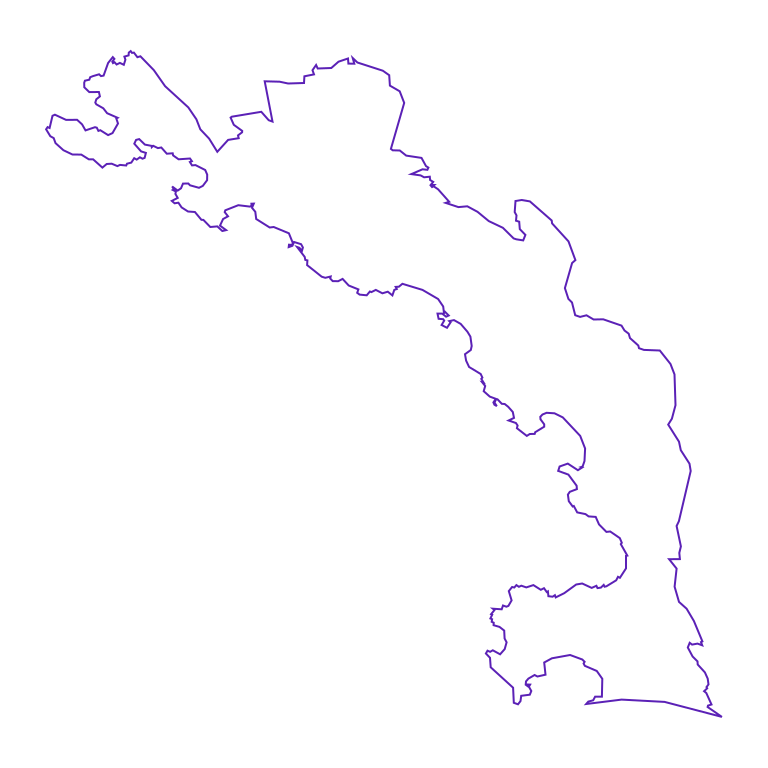 West Mahe, Anse Boileau, Seychelles (Albers equal-area conic projection)
{"feature_id": "34574756B14018612202061", "entity_name": "West Mahe", "entity_type": "district", "adm_level": 2, "iso_a3": "SYC", "parent_name": "Seychelles", "parent_adm1": "Anse Boileau", "projection": "albers", "projection_center": [55.437, -4.697], "detail": "fine", "context": "isolated", "style": "outline", "palette": "violet", "viewbox_px": 768, "rotation_deg": 0, "n_neighbors": 0, "source": "geoboundaries", "source_scale": "gbopen_adm2", "svg_char_len": 6040}
<svg xmlns="http://www.w3.org/2000/svg" viewBox="0 0 768 768"><path d="M352.7,58.0L354.3,63.7L348.4,63.6L348.0,58.5L338.5,61.7L331.3,68.0L317.7,68.5L316.1,65.0L312.5,70.2L314.0,74.4L304.4,76.3L304.0,83.0L288.1,83.5L279.6,81.7L264.7,81.3L272.5,121.6L268.7,120.2L261.3,111.8L231.8,116.7L230.6,117.6L233.8,124.8L242.2,130.9L242.1,132.3L238.0,135.4L238.7,138.2L228.1,139.9L217.3,151.8L209.1,138.6L200.3,129.3L196.4,119.3L188.3,107.4L165.1,86.2L153.8,70.1L140.4,56.3L137.4,57.2L133.9,52.6L132.0,52.9L130.7,51.1L128.8,52.6L128.6,55.4L124.4,56.6L125.4,59.7L123.8,64.8L119.9,62.9L116.6,64.5L114.5,62.2L113.0,63.1L112.3,61.7L114.4,58.9L112.8,57.1L108.1,63.0L103.6,75.6L101.0,76.1L99.1,74.3L93.0,76.1L90.2,77.2L89.3,79.7L84.9,80.7L84.2,82.8L84.3,87.3L89.3,92.1L98.9,92.0L99.9,96.4L96.3,99.3L95.3,102.6L96.3,104.3L103.3,108.3L107.1,113.2L117.6,117.8L116.3,118.5L118.0,123.5L112.5,133.1L108.1,135.1L100.3,130.2L98.4,130.9L96.8,127.7L95.0,127.2L85.5,130.4L82.1,124.4L77.1,119.8L66.1,119.9L54.9,114.7L52.5,115.8L49.6,128.0L47.6,127.1L46.1,129.3L50.3,136.2L53.7,138.1L55.5,143.1L63.4,150.2L72.4,154.5L81.3,154.6L88.8,159.3L93.1,159.3L102.4,167.6L106.7,164.0L111.7,163.7L117.4,166.1L120.0,164.9L126.2,165.5L127.0,163.7L131.3,162.6L134.2,158.2L136.7,159.6L139.9,157.3L142.5,158.7L144.6,157.9L145.9,152.9L141.1,151.4L134.3,143.7L136.1,139.9L139.2,139.1L144.9,144.6L151.7,145.9L151.8,147.1L153.2,145.8L157.9,148.1L161.3,147.5L166.8,153.7L172.7,153.3L173.1,155.4L178.6,159.3L190.0,158.5L191.9,161.2L189.9,162.0L192.0,165.4L195.5,165.1L205.2,170.0L207.2,174.6L207.1,180.2L202.8,185.9L199.0,187.8L190.0,185.3L188.3,183.5L183.0,183.6L181.0,188.3L177.7,190.6L172.2,186.5L173.9,189.5L172.9,190.0L175.9,191.5L175.4,193.9L177.7,197.9L171.8,200.9L174.6,203.3L178.4,202.7L181.6,207.4L188.0,211.5L194.9,212.0L201.4,219.8L203.4,219.9L210.3,227.0L217.3,226.4L222.3,231.0L226.1,230.1L220.0,225.6L223.1,219.0L228.0,216.3L224.7,212.1L225.3,210.3L238.3,205.2L250.0,206.6L251.6,205.6L251.4,203.7L253.8,203.6L252.0,207.8L255.3,211.8L256.2,219.0L269.7,227.5L273.7,227.0L288.9,233.3L292.9,243.2L291.9,244.9L289.0,244.7L288.7,247.1L292.4,245.8L294.1,242.0L301.1,244.2L302.9,247.5L302.0,250.7L299.4,247.8L297.1,247.0L304.7,256.9L305.3,259.9L307.4,260.4L307.1,265.1L321.7,276.7L325.3,277.8L330.7,276.5L330.2,278.5L332.7,281.1L338.2,281.2L342.6,278.9L348.7,285.5L358.4,289.4L357.2,292.8L359.6,294.6L366.7,295.3L369.9,291.5L371.4,292.1L375.8,289.9L382.4,293.3L387.8,291.7L392.4,295.4L394.3,289.9L396.8,289.0L395.7,286.9L398.9,286.7L402.4,283.8L422.5,289.9L438.1,299.0L443.2,306.5L444.0,313.2L445.0,311.8L448.7,315.5L446.1,316.7L442.2,313.6L437.5,313.6L438.6,318.8L443.2,319.2L444.2,320.6L441.6,325.0L447.0,327.8L450.6,322.3L449.3,321.1L454.0,320.1L460.7,323.9L467.4,331.7L470.4,336.6L471.7,346.0L470.8,350.0L465.0,354.2L466.1,360.6L469.1,367.0L480.7,374.0L482.4,377.6L481.3,378.9L483.7,382.7L482.2,382.3L485.2,386.0L483.7,391.2L489.8,396.6L496.8,399.2L496.0,399.3L495.3,399.7L493.4,402.4L494.4,404.7L496.8,406.1L494.5,402.6L496.0,399.4L497.5,399.3L501.8,403.8L504.7,404.0L508.2,406.8L512.8,412.0L514.0,417.9L508.6,420.5L515.9,423.0L517.6,425.5L516.9,428.2L526.8,435.9L529.8,434.0L534.7,433.9L535.2,432.2L544.2,426.7L544.2,424.3L540.5,419.3L540.3,416.8L542.5,414.5L546.6,412.8L554.5,413.3L562.8,417.4L580.2,435.9L585.1,448.5L584.5,461.0L582.6,466.5L581.2,467.0L582.3,467.4L577.9,470.2L567.8,463.6L559.6,466.5L558.2,470.9L568.4,474.6L576.6,485.7L576.9,489.1L569.8,491.8L567.9,494.6L568.8,501.2L572.7,506.5L573.8,506.0L577.2,512.4L585.5,514.1L588.6,516.4L595.7,516.9L599.0,524.4L606.4,531.9L610.2,531.5L619.8,538.1L621.8,542.8L620.8,544.1L627.3,555.6L626.0,555.9L626.0,568.4L619.9,577.8L618.0,576.8L616.2,580.3L606.4,586.3L604.6,586.7L603.7,584.9L600.9,587.6L597.5,588.1L596.4,585.8L591.7,587.9L582.2,583.5L576.2,584.5L564.2,593.2L555.7,597.4L554.9,595.2L552.6,596.7L548.4,596.2L547.9,591.4L546.8,592.1L544.0,588.2L540.8,589.8L533.4,585.1L526.3,587.4L521.3,585.7L518.9,586.8L516.4,585.1L514.3,587.5L512.1,587.0L508.8,591.1L511.6,600.4L508.4,605.9L506.4,606.7L503.0,605.5L501.7,609.3L492.9,608.7L494.5,610.0L491.1,614.2L492.2,614.7L490.4,618.5L492.1,619.2L491.7,621.8L493.7,622.7L493.6,625.2L499.5,626.9L504.2,630.6L504.6,638.5L506.6,642.3L504.7,649.1L500.1,654.3L492.8,650.3L490.1,651.8L487.5,650.7L485.9,653.5L490.0,657.8L490.7,667.3L513.1,687.7L513.8,702.8L518.0,704.3L520.5,701.1L521.2,695.8L529.8,694.7L531.3,691.0L528.9,686.7L530.1,684.6L527.6,684.5L527.6,686.1L525.7,684.7L526.0,681.4L528.4,678.6L534.6,675.0L537.4,676.5L545.5,674.7L544.2,662.5L551.9,658.3L570.1,655.0L582.3,659.5L584.6,661.8L583.6,663.5L584.8,665.8L596.8,671.0L602.3,678.8L601.9,696.7L595.1,696.7L593.2,700.3L588.3,701.6L586.2,704.0L621.6,699.6L664.6,701.9L721.9,716.9L707.6,707.0L708.0,705.6L711.5,704.5L706.3,693.0L704.1,691.2L707.2,688.3L706.5,687.1L708.5,684.4L707.7,678.6L704.9,672.4L697.7,664.5L697.5,661.4L692.6,656.5L687.8,647.5L689.7,642.8L692.1,644.6L697.5,643.6L702.2,645.3L701.0,642.1L702.4,641.4L693.9,621.0L686.6,608.7L679.0,601.9L674.6,586.7L676.6,568.6L669.1,559.2L679.9,559.1L679.3,552.9L680.9,546.4L676.6,526.0L678.9,521.2L690.7,471.0L689.5,463.7L680.8,450.2L679.0,441.7L668.2,424.6L671.9,418.7L675.5,405.2L674.5,374.4L670.5,364.0L659.8,350.5L643.9,349.9L639.0,348.2L638.3,345.5L630.0,338.1L628.7,333.7L624.5,330.5L621.5,325.6L603.2,319.3L593.6,319.5L586.5,315.3L580.1,316.9L575.2,315.2L572.0,302.5L568.4,298.9L564.9,288.1L572.1,263.0L575.4,260.1L568.5,241.4L552.1,223.4L551.7,220.5L529.9,201.4L521.6,200.0L515.5,201.0L514.7,212.1L516.5,215.4L516.0,220.7L519.2,221.7L519.8,229.1L525.4,234.9L523.2,240.4L516.3,239.3L513.6,238.4L502.9,227.8L488.8,221.1L477.5,211.8L467.3,206.3L458.4,207.1L445.7,202.9L449.2,201.8L438.1,189.3L433.2,186.0L434.3,185.0L431.8,184.9L432.6,187.7L430.5,185.2L433.2,181.9L430.1,180.0L429.8,176.7L424.1,177.3L420.6,175.4L411.3,174.1L422.5,169.3L427.4,169.8L428.4,167.6L426.0,166.1L421.5,157.9L406.2,155.6L399.8,150.5L392.7,150.3L390.9,148.9L404.2,102.9L399.7,91.3L389.9,85.6L389.2,75.2L382.8,70.7L357.4,62.5L352.7,58.0Z" fill="none" stroke="#5b21b6" stroke-width="2"/></svg>